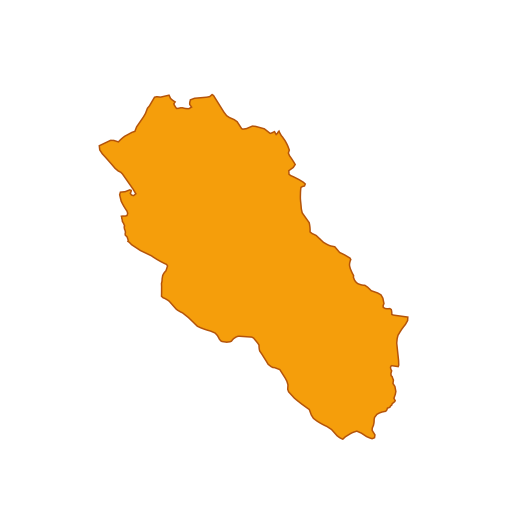 outline of Dognecea, Caras-Severin, Romania, rotated 117°
{"feature_id": "2599482B59152503777278", "entity_name": "Dognecea", "entity_type": "district", "adm_level": 2, "iso_a3": "ROU", "parent_name": "Romania", "parent_adm1": "Caras-Severin", "projection": "albers", "projection_center": [21.734, 45.264], "detail": "fine", "context": "isolated", "style": "filled", "palette": "amber", "viewbox_px": 512, "rotation_deg": 117, "n_neighbors": 0, "source": "geoboundaries", "source_scale": "gbopen_adm2", "svg_char_len": 5125}
<svg xmlns="http://www.w3.org/2000/svg" viewBox="0 0 512 512"><g transform="rotate(117 256 256)"><path d="M299.8,377.2L300.4,376.8L301.1,376.8L301.3,375.2L302.4,372.0L303.6,361.5L303.3,349.2L303.6,347.1L303.8,344.9L304.0,342.8L304.1,340.6L304.2,338.4L304.2,336.3L304.2,334.1L304.1,331.9L305.0,330.3L310.0,329.5L311.3,329.9L312.8,330.2L314.2,330.3L315.7,330.3L318.9,329.3L320.0,328.8L321.2,328.3L322.3,328.0L323.5,327.7L326.3,326.1L329.1,324.7L331.9,323.3L334.8,321.9L335.4,319.8L335.2,318.0L335.3,316.3L335.4,314.5L335.7,312.8L339.6,302.9L339.9,301.1L340.0,299.3L340.1,297.5L340.0,295.7L341.5,288.3L345.2,276.4L345.1,272.9L344.7,269.3L344.2,265.9L343.5,262.4L343.2,257.6L343.5,256.7L343.8,255.8L344.1,255.0L344.5,254.1L345.0,253.3L345.5,252.6L346.0,251.8L346.6,251.1L347.6,248.8L347.6,247.4L346.1,243.0L344.2,240.2L343.0,239.2L341.8,239.0L340.6,238.7L339.5,238.3L338.5,237.7L337.4,237.1L336.7,236.5L336.0,235.9L335.4,235.1L335.0,234.3L330.2,223.0L330.2,220.9L331.1,218.9L332.0,216.8L332.9,214.8L334.0,212.9L335.3,212.2L336.6,211.4L337.9,210.5L339.0,209.5L340.9,206.0L342.9,202.7L344.9,199.3L347.0,196.0L347.7,192.2L347.7,190.4L347.0,188.7L346.4,183.2L351.6,174.4L353.6,171.6L356.3,169.0L360.4,167.2L362.2,165.3L365.3,157.1L366.3,152.5L367.2,147.9L367.9,143.4L368.6,138.8L372.5,134.6L374.6,131.1L375.4,126.6L375.5,125.4L375.7,122.9L375.8,120.3L375.8,117.8L375.7,115.3L376.3,109.9L379.4,102.0L379.4,101.7L379.7,100.2L379.9,98.6L379.9,97.1L379.8,95.5L376.5,94.3L371.4,91.2L370.0,90.2L368.7,89.1L367.5,87.9L366.3,86.7L366.0,81.7L366.7,75.6L366.5,72.3L366.1,69.6L364.1,67.9L361.4,68.8L358.6,73.4L356.4,74.3L353.5,74.5L352.4,74.8L351.3,75.1L350.2,75.5L349.1,76.0L348.1,76.5L346.0,77.1L342.2,76.4L341.3,75.8L340.4,75.2L339.5,74.5L338.7,73.7L337.9,73.0L337.2,72.1L336.5,71.3L335.8,70.3L334.6,69.6L333.5,69.6L331.8,69.8L331.5,69.4L330.1,68.1L328.4,68.0L327.4,67.4L325.8,67.6L322.7,66.3L321.7,66.3L320.2,68.5L315.9,69.1L313.2,69.9L309.2,73.0L307.4,76.1L304.2,77.2L302.7,78.9L301.6,80.0L301.3,81.3L299.3,82.5L298.8,82.6L296.7,83.0L295.7,84.5L294.2,85.6L293.7,85.7L293.1,85.7L292.6,85.6L292.1,85.3L290.0,79.1L288.4,79.3L284.6,81.4L269.7,91.1L265.6,92.7L262.2,93.5L261.0,93.4L258.0,93.2L255.1,92.9L252.1,92.4L249.2,91.8L244.7,91.6L241.5,93.0L246.3,106.8L246.4,108.5L245.2,109.1L244.2,109.7L243.2,110.4L242.3,111.2L242.1,112.9L242.8,114.0L243.4,115.1L243.9,116.3L244.2,117.5L243.9,119.4L242.5,120.2L240.3,120.4L236.0,123.8L233.9,127.0L233.7,130.7L234.6,137.6L233.1,142.4L232.7,145.7L233.4,147.3L233.9,149.0L234.2,150.8L234.4,152.5L234.3,153.5L234.0,154.5L233.7,155.5L233.2,156.4L232.8,157.2L230.8,159.5L229.1,160.2L227.7,162.3L226.1,164.3L224.5,166.2L222.6,167.9L221.9,168.4L221.2,168.8L220.4,169.1L219.6,169.4L218.7,169.6L217.9,169.8L217.0,169.9L216.2,169.9L215.2,171.3L215.0,174.2L214.8,177.2L214.8,180.1L214.9,183.1L212.0,190.0L213.1,193.9L213.3,195.1L213.4,196.8L213.4,198.6L213.3,200.3L213.2,202.1L210.4,211.7L210.5,216.4L210.0,218.8L207.9,219.8L205.9,221.0L204.0,222.3L202.2,223.7L196.6,234.4L195.4,235.4L194.2,236.4L193.0,237.3L191.7,238.1L190.1,239.1L188.4,240.2L186.7,241.3L184.9,242.4L183.0,243.4L180.9,244.4L178.8,245.4L176.7,246.3L174.5,247.1L173.7,246.6L172.9,246.0L172.2,245.3L171.6,244.6L169.5,244.8L168.8,247.2L168.6,249.8L168.4,252.7L168.4,255.6L168.4,258.5L168.6,261.5L168.2,263.7L165.1,265.5L160.2,263.0L156.7,262.6L155.3,264.8L154.0,267.0L152.7,269.3L151.5,271.6L149.6,273.9L146.5,274.4L144.1,277.0L143.1,278.2L142.1,279.5L141.2,280.8L140.3,282.1L139.5,283.5L138.8,284.9L138.0,286.3L137.4,287.8L137.3,288.0L136.8,288.8L135.6,290.6L135.3,291.0L135.1,291.3L134.3,292.2L135.8,292.6L136.7,292.6L137.0,292.6L137.7,292.9L138.6,293.2L136.8,296.0L138.4,297.2L139.4,298.0L140.3,298.9L140.3,299.3L139.3,304.2L138.9,306.4L140.7,315.2L141.9,318.2L146.8,322.3L149.0,325.4L149.0,326.7L144.9,333.8L144.4,337.4L144.7,342.7L144.3,345.9L142.4,349.9L132.3,366.7L132.1,368.4L135.0,369.6L136.8,371.9L143.4,382.4L146.6,385.3L146.7,385.2L147.9,385.1L149.0,384.8L150.1,384.4L151.1,383.8L152.6,381.0L155.2,382.7L155.9,384.1L156.5,385.6L157.0,387.2L157.3,388.7L158.2,390.5L158.9,391.3L159.6,392.1L160.1,392.9L160.6,393.8L160.0,395.0L159.3,396.2L158.6,397.3L157.7,398.3L155.4,398.0L155.3,399.5L155.1,400.9L154.8,402.3L154.4,403.7L152.2,406.5L157.8,413.2L159.1,416.7L160.6,418.5L170.7,419.1L173.6,419.8L179.1,419.2L183.1,419.4L195.1,421.0L199.9,420.5L202.2,422.7L209.0,427.4L210.9,428.3L212.8,429.1L214.8,429.8L216.8,430.4L217.6,435.2L219.0,438.1L228.9,445.7L232.4,443.4L234.7,439.4L236.4,434.8L238.2,430.3L240.0,425.8L241.9,421.3L242.8,417.5L242.8,414.5L243.5,412.3L252.1,396.1L255.1,391.3L257.7,392.4L258.2,394.1L258.1,394.8L257.8,395.4L257.5,396.0L257.1,396.6L256.3,396.5L255.6,396.5L254.8,396.7L254.2,397.0L254.4,398.5L258.1,401.8L260.7,405.8L263.3,405.3L268.3,401.1L270.0,398.8L271.7,396.3L273.2,393.8L274.6,391.3L276.2,389.7L278.5,389.3L279.7,390.5L280.6,392.2L281.1,393.2L281.7,394.0L282.6,393.1L283.4,392.7L284.4,391.7L285.8,390.8L287.1,388.8L288.2,387.5L288.9,386.7L289.9,386.7L291.7,385.4L292.7,384.2L294.1,383.1L295.5,382.7L296.7,382.0L297.1,380.8L297.6,379.4L299.8,377.2Z" fill="#f59e0b" stroke="#b45309" stroke-width="1.5"/></g></svg>